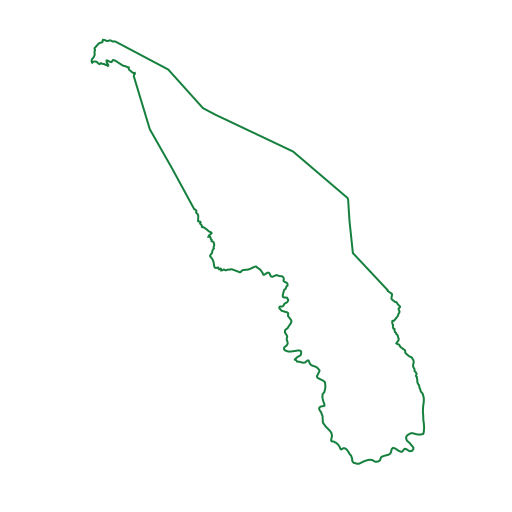 Minas de Oro, Comayagua, Honduras (Mercator projection), rotated 190°
{"feature_id": "27666195B38768397518774", "entity_name": "Minas de Oro", "entity_type": "district", "adm_level": 2, "iso_a3": "HND", "parent_name": "Honduras", "parent_adm1": "Comayagua", "projection": "mercator", "projection_center": [-87.461, 14.895], "detail": "fine", "context": "isolated", "style": "outline", "palette": "green", "viewbox_px": 512, "rotation_deg": 190, "n_neighbors": 0, "source": "geoboundaries", "source_scale": "gbopen_adm2", "svg_char_len": 5992}
<svg xmlns="http://www.w3.org/2000/svg" viewBox="0 0 512 512"><g transform="rotate(190 256 256)"><path d="M444.2,442.4L444.5,441.6L444.3,440.3L444.4,440.0L445.0,439.5L446.8,438.7L447.6,438.2L451.0,432.8L451.0,431.8L450.4,431.2L450.3,430.7L450.5,428.8L449.8,426.2L450.4,423.4L451.5,421.8L451.7,421.1L451.8,419.7L451.3,418.2L450.9,417.9L450.7,418.4L449.9,419.1L448.7,419.5L447.2,419.7L446.4,419.4L444.7,418.2L443.4,417.8L443.2,417.8L442.5,418.8L442.2,419.0L440.3,418.5L438.8,418.7L437.2,418.0L436.3,418.3L434.9,417.4L434.6,417.7L434.6,418.3L435.1,419.1L436.5,420.5L436.6,421.0L436.8,421.1L437.1,422.6L436.6,422.7L436.0,422.7L434.1,422.0L432.2,421.8L431.8,422.1L431.1,423.9L430.7,424.2L430.2,424.2L428.2,423.8L420.2,420.4L416.8,420.1L415.1,419.5L414.1,419.7L413.6,417.8L413.3,417.4L408.8,414.9L408.3,414.9L407.2,415.3L406.9,414.5L407.0,414.2L407.4,414.1L407.6,411.9L382.6,362.4L353.8,327.6L324.9,291.3L324.2,291.3L323.7,291.1L322.6,290.2L322.5,288.4L320.6,286.9L320.1,286.2L319.7,284.8L319.1,280.3L318.2,280.0L317.2,280.2L316.6,279.9L316.4,279.4L316.7,278.2L314.9,276.9L314.5,276.2L314.4,275.3L314.2,275.1L312.3,275.1L308.7,273.4L306.9,272.1L304.4,271.5L303.8,271.1L303.7,270.8L303.8,270.5L305.5,268.5L306.1,267.4L306.2,266.7L305.5,266.9L304.8,267.0L304.4,266.9L303.9,266.0L303.4,264.8L302.4,264.1L302.4,262.9L302.1,262.8L301.1,262.7L300.1,262.1L299.6,261.3L299.0,259.5L299.3,257.8L299.1,256.8L298.8,256.0L299.7,254.6L299.9,251.2L301.0,249.2L301.2,248.5L301.2,247.9L300.9,247.5L300.4,247.2L299.5,246.2L298.4,245.4L296.8,242.8L295.7,239.5L295.1,238.2L294.7,237.6L294.1,237.3L293.4,237.2L291.4,238.1L291.1,237.9L290.5,236.7L289.8,236.5L289.0,236.8L288.8,237.4L288.4,237.4L287.8,235.7L286.7,236.1L285.3,237.2L283.5,236.6L280.8,237.9L279.4,238.0L278.4,238.6L277.5,238.7L272.7,237.9L269.0,237.1L268.5,237.4L267.2,239.2L266.4,239.9L261.3,241.3L259.1,242.6L256.4,244.6L255.0,245.4L254.1,245.6L253.6,245.5L252.8,244.8L249.5,243.4L246.8,240.7L245.8,239.3L245.3,238.8L244.4,239.1L242.2,241.3L240.9,241.8L240.4,241.7L239.9,241.4L238.1,238.9L237.8,238.6L237.1,238.4L236.4,238.4L235.7,238.7L232.5,240.8L229.5,240.3L227.9,240.5L226.4,240.4L225.5,239.8L224.7,238.6L224.6,237.8L224.7,236.6L224.4,236.1L223.1,235.4L221.2,235.0L220.5,234.4L220.1,233.9L219.8,232.4L219.9,232.1L220.4,231.8L220.7,231.4L221.1,228.9L222.1,227.9L222.5,227.1L222.8,222.9L222.7,221.2L222.3,220.4L221.7,220.1L218.2,220.3L216.7,218.4L216.6,217.7L216.9,216.8L217.4,215.8L219.5,214.1L220.0,213.2L220.3,212.0L221.1,211.0L222.1,210.6L223.1,210.6L223.6,210.4L224.0,210.0L224.1,209.4L224.0,208.8L223.6,208.4L221.4,206.6L219.4,206.3L215.5,205.9L214.7,205.5L214.3,204.8L214.2,203.2L213.9,202.3L210.4,199.1L209.9,198.2L209.7,197.1L209.9,196.2L211.8,192.0L212.3,190.5L214.1,188.6L214.5,187.6L214.3,185.8L212.2,183.5L211.3,182.2L211.2,181.7L211.4,180.4L211.3,179.1L210.1,176.9L209.7,175.8L209.7,174.8L210.2,173.3L211.8,171.5L212.3,170.7L212.3,169.8L212.1,169.0L211.7,168.5L211.0,168.1L207.7,167.5L204.9,168.0L198.1,170.3L196.8,170.5L195.8,170.3L195.1,169.9L194.8,169.2L194.6,167.3L194.8,166.4L195.5,165.3L197.1,164.2L197.9,163.4L199.8,161.0L199.8,160.7L198.1,160.2L197.4,159.3L197.0,159.1L195.0,159.4L192.5,159.1L191.0,159.1L189.3,159.6L188.6,160.3L187.4,161.8L186.9,162.2L186.3,162.2L185.6,161.6L184.4,159.5L183.4,158.6L181.9,157.9L178.0,157.3L177.2,157.0L175.8,156.3L173.7,154.5L173.5,154.0L173.7,153.0L175.0,148.6L175.1,148.1L174.8,147.4L174.4,146.9L173.6,146.5L168.6,145.0L166.6,144.1L166.1,143.4L165.1,140.1L164.8,137.0L165.0,135.0L165.1,133.8L166.4,131.6L166.3,129.6L166.0,128.2L165.0,125.6L162.7,121.4L162.6,120.7L162.9,120.1L165.5,119.3L166.6,118.5L167.3,117.5L167.2,116.3L167.0,115.8L166.0,114.6L164.7,113.5L164.4,112.7L162.8,110.1L162.4,109.0L162.3,108.1L161.4,104.4L161.0,103.3L158.4,100.8L157.2,99.7L156.2,99.1L152.4,96.3L151.1,94.9L149.9,92.2L150.1,87.7L149.7,86.9L149.3,86.7L147.1,86.7L144.5,85.8L143.3,85.1L142.5,84.6L140.6,82.7L139.4,80.8L138.7,80.3L138.4,80.3L137.0,81.6L136.1,82.0L134.9,82.0L133.4,81.4L130.9,79.1L129.3,77.1L127.6,75.8L126.0,72.8L125.8,71.2L124.5,69.7L123.6,69.2L121.8,69.2L120.3,68.9L118.4,69.4L113.5,72.9L111.0,74.2L108.9,75.0L107.8,75.2L105.8,75.2L103.3,74.2L102.6,74.1L101.1,74.4L99.7,75.1L98.9,75.8L98.4,76.5L98.0,79.1L97.5,80.0L95.0,81.5L91.2,83.2L90.5,83.7L89.7,84.5L89.1,85.6L88.8,89.4L88.3,90.2L87.8,90.8L85.9,90.7L83.8,89.9L81.9,89.0L79.1,88.4L78.5,88.5L78.0,88.9L77.4,89.8L76.7,91.3L75.8,92.0L74.5,91.9L71.1,90.5L69.6,90.7L68.4,91.3L67.5,93.4L67.6,94.0L67.9,94.7L69.1,96.0L70.8,97.2L71.9,98.3L75.2,100.3L76.3,102.0L76.7,103.3L76.3,104.8L75.8,105.8L73.5,107.8L72.5,108.4L70.9,108.7L67.3,108.3L64.4,108.4L62.5,108.9L61.7,109.2L61.1,109.7L60.4,109.9L60.2,111.6L60.6,116.1L61.7,120.5L62.6,123.1L63.8,128.7L64.5,131.1L65.2,135.8L65.5,142.1L65.8,143.7L66.2,145.5L67.6,148.7L68.5,149.9L69.4,150.5L70.3,151.4L70.9,152.8L72.1,154.7L73.0,157.0L74.1,158.1L75.0,159.4L75.4,160.4L75.6,161.9L76.4,163.6L76.4,164.6L77.4,165.3L77.7,165.7L77.4,167.6L77.5,168.1L78.2,169.0L80.0,170.4L80.2,172.0L81.7,173.8L82.1,174.5L82.4,176.3L82.2,178.8L82.7,180.3L83.0,180.8L85.1,183.2L88.2,184.0L91.8,186.3L92.2,186.7L92.7,188.8L93.0,189.1L97.8,191.4L98.6,192.1L99.2,193.1L99.9,193.6L102.1,194.0L102.6,194.3L102.3,195.3L101.1,197.4L101.0,199.1L101.9,200.5L102.7,202.4L104.3,203.6L104.5,204.0L104.7,204.6L105.8,205.1L106.6,206.6L106.9,208.1L107.9,208.2L108.2,208.5L108.4,209.3L108.9,210.0L109.1,211.9L110.1,213.3L110.5,215.3L110.4,215.7L110.2,215.9L109.0,216.1L108.8,216.3L106.0,221.4L105.7,222.7L105.7,223.8L105.1,224.8L105.0,225.7L105.2,226.6L106.2,228.1L106.4,228.7L106.2,229.4L105.3,230.7L105.4,231.2L105.9,231.7L107.9,233.0L109.6,234.9L110.9,234.9L114.0,236.4L114.9,237.1L115.3,237.8L115.3,241.6L115.7,242.4L120.3,244.5L120.6,244.9L120.5,245.3L161.1,275.7L170.0,306.7L175.1,327.6L175.9,329.0L237.6,365.3L320.6,388.1L333.9,392.4L374.8,424.4L431.5,442.7L432.9,442.8L433.7,442.4L434.3,442.4L437.0,443.1L437.6,442.9L438.7,442.2L439.9,441.9L441.4,442.0L442.3,442.4L444.2,442.4Z" fill="none" stroke="#15803d" stroke-width="2"/></g></svg>